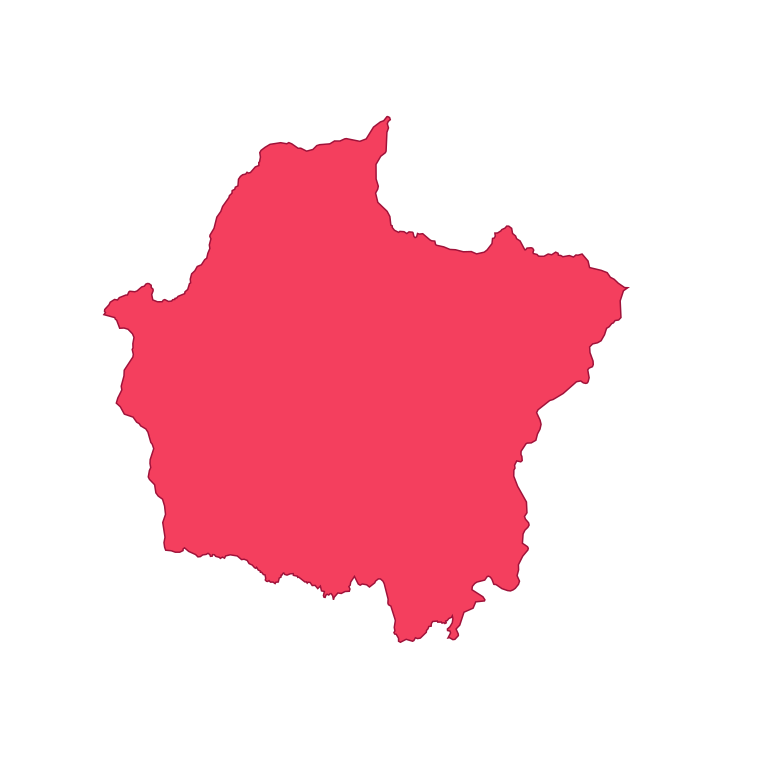 the district of Ortega, Tolima, Colombia, rotated 340°
{"feature_id": "7082276B4553188795212", "entity_name": "Ortega", "entity_type": "district", "adm_level": 2, "iso_a3": "COL", "parent_name": "Colombia", "parent_adm1": "Tolima", "projection": "orthographic", "projection_center": [-75.305, 3.933], "detail": "fine", "context": "isolated", "style": "filled", "palette": "rose", "viewbox_px": 768, "rotation_deg": 340, "n_neighbors": 0, "source": "geoboundaries", "source_scale": "gbopen_adm2", "svg_char_len": 6171}
<svg xmlns="http://www.w3.org/2000/svg" viewBox="0 0 768 768"><g transform="rotate(340 384 384)"><path d="M171.8,212.1L164.8,212.3L162.3,213.9L159.7,212.4L154.7,213.5L152.7,215.5L147.1,218.4L146.2,220.1L146.7,221.6L144.5,223.0L153.7,229.5L153.7,231.2L154.6,232.6L154.7,241.2L158.9,242.5L162.2,245.0L164.8,250.8L165.0,254.7L161.8,260.2L160.5,264.2L159.2,265.4L158.6,270.4L157.2,272.8L144.6,282.2L142.4,287.5L136.3,296.2L135.6,299.9L129.1,306.1L125.9,310.4L128.4,315.1L129.7,323.5L136.9,329.3L138.5,335.2L140.5,337.7L141.0,340.1L144.8,344.7L145.7,348.5L144.9,359.1L145.6,361.3L145.5,366.0L138.4,375.1L136.9,378.7L136.2,382.8L134.0,385.0L130.7,390.7L131.0,393.5L134.0,400.2L132.4,408.3L133.5,412.1L136.5,416.5L136.1,423.5L134.1,431.8L128.7,438.5L125.8,453.1L123.0,457.8L122.0,462.4L122.0,465.5L127.0,467.9L130.4,470.7L134.6,472.2L138.2,471.8L138.7,470.4L140.5,469.7L143.2,474.5L148.6,479.8L150.0,482.8L152.4,483.4L155.2,482.6L158.6,483.3L160.7,482.9L162.0,484.7L162.0,486.6L163.7,487.0L164.6,485.7L166.2,486.4L166.9,488.4L170.0,490.6L170.6,491.9L172.9,491.4L174.6,493.1L176.4,491.4L181.1,491.9L187.3,495.4L190.1,500.3L192.6,500.8L195.1,503.0L195.8,506.6L198.3,509.1L199.5,512.3L200.5,513.3L201.6,512.7L202.2,515.8L203.7,517.3L203.5,518.6L204.6,519.0L205.5,521.8L206.9,522.7L206.4,526.1L205.4,527.6L206.1,529.2L207.2,529.8L208.7,529.4L209.5,531.3L212.0,532.2L213.4,534.3L214.6,533.3L216.9,533.9L219.2,530.5L221.2,530.2L221.9,528.5L222.6,528.7L224.4,527.3L225.2,527.3L225.5,528.9L227.5,530.4L230.9,530.3L233.8,531.1L233.4,532.8L236.9,535.0L236.8,536.2L237.8,536.3L242.0,543.0L243.4,543.4L243.7,544.9L244.8,544.3L246.7,545.2L247.6,548.8L250.4,549.7L251.8,553.6L255.1,552.1L254.5,557.0L257.0,558.6L254.7,562.1L254.7,563.9L255.7,564.4L257.1,562.6L258.6,562.1L259.9,563.4L261.7,562.6L262.7,562.9L263.3,565.6L262.7,569.5L264.2,567.4L269.2,564.6L272.2,566.2L276.5,565.7L280.5,566.9L281.9,565.0L281.7,562.3L283.4,561.5L285.0,558.7L290.4,554.7L291.4,563.2L292.8,564.9L295.2,564.5L299.0,566.7L300.9,569.8L307.3,567.7L308.7,566.3L312.1,565.2L314.0,566.0L315.6,568.9L315.9,571.8L314.3,587.5L312.7,591.3L312.7,592.9L314.5,595.1L313.9,608.6L313.7,610.3L310.4,616.2L309.8,619.7L308.3,621.0L308.5,622.6L309.9,623.4L310.7,627.9L309.7,630.7L311.1,632.3L317.5,631.5L322.9,635.5L324.3,635.3L326.7,633.2L328.4,634.7L331.3,635.2L338.8,631.8L339.7,630.1L341.6,629.1L343.1,627.2L345.5,627.7L346.6,625.3L348.5,623.8L353.0,625.0L353.0,626.1L356.6,627.4L356.7,628.5L358.9,628.9L359.3,629.9L360.8,629.7L360.9,627.9L362.4,627.9L364.8,626.5L367.5,626.4L368.9,625.2L368.5,628.0L366.5,631.7L362.9,634.7L359.8,635.9L359.4,637.4L361.5,638.7L361.4,640.7L357.3,644.5L358.7,644.7L361.3,647.8L363.3,648.2L367.8,645.9L368.3,644.3L367.9,638.9L372.7,636.5L381.1,625.8L391.1,625.1L395.7,620.1L404.2,622.2L405.0,621.3L404.2,617.8L396.3,607.4L397.8,604.4L401.0,602.5L403.6,601.9L411.6,602.7L415.2,600.2L416.6,600.4L417.9,601.9L418.6,604.4L418.7,609.8L420.7,610.8L424.8,616.6L429.5,620.4L432.1,621.7L435.0,621.6L437.5,620.9L441.8,618.3L443.9,615.6L443.5,609.6L446.9,604.7L448.5,599.8L455.5,593.2L462.4,589.2L463.4,587.7L463.2,586.0L459.6,581.0L463.4,572.5L466.4,569.6L470.3,567.8L472.1,566.2L472.4,563.9L470.7,559.4L470.7,556.5L474.3,553.9L477.5,543.6L474.6,525.9L474.4,515.0L476.6,509.3L478.3,507.9L478.9,505.0L482.4,501.7L485.9,503.9L487.7,503.2L488.8,499.2L488.6,497.1L489.8,494.1L496.9,488.8L498.3,488.5L502.2,489.7L507.5,488.8L511.1,483.5L515.2,479.7L517.8,475.6L518.3,471.4L517.6,463.1L519.9,460.9L534.1,456.2L537.7,456.4L549.1,454.2L565.7,447.7L569.9,448.4L571.7,451.1L573.9,452.5L575.5,452.5L576.6,451.6L578.9,448.3L580.3,440.3L582.2,439.2L585.8,439.0L587.3,437.3L588.3,433.9L588.3,424.9L589.9,419.5L593.7,417.7L598.8,418.3L602.8,417.6L608.1,413.1L612.2,407.8L615.2,407.2L618.6,405.1L620.5,405.0L622.8,403.4L626.4,404.1L629.4,402.6L634.4,386.6L640.9,378.3L646.0,376.9L643.1,375.7L638.6,369.4L636.1,364.3L633.2,361.1L631.8,355.7L627.0,351.5L617.0,344.9L617.8,338.2L614.6,329.6L610.3,329.3L608.5,328.4L605.5,329.5L602.1,326.7L595.6,325.6L594.1,323.7L591.9,322.6L592.3,320.7L590.4,318.8L585.8,319.9L582.7,318.0L578.1,318.7L574.5,317.4L572.9,316.6L572.1,314.6L569.0,312.5L569.1,311.1L570.5,309.4L570.1,307.3L568.9,306.3L564.9,305.2L563.0,306.3L562.2,306.0L560.8,296.1L558.3,292.8L558.3,290.0L556.3,286.5L557.2,281.4L555.2,278.3L553.3,277.6L551.0,278.9L547.5,279.2L546.1,280.1L542.3,280.9L539.8,280.1L539.1,283.2L537.4,284.6L535.8,284.3L533.5,289.0L526.7,293.3L523.3,294.4L515.5,293.4L511.3,289.4L503.8,286.9L497.1,282.3L492.0,280.1L487.1,275.6L480.7,271.5L480.2,270.5L480.6,267.1L477.7,265.7L476.4,264.2L471.8,256.0L468.4,255.2L467.0,254.0L465.0,256.8L463.3,257.1L462.6,255.7L463.0,251.6L462.5,251.0L459.5,249.6L456.9,250.4L454.9,247.7L451.1,246.0L449.6,246.5L446.4,243.1L445.3,239.7L445.8,238.2L444.8,236.9L446.8,228.6L446.0,222.8L440.3,211.2L441.4,201.7L444.7,198.8L446.3,196.2L446.7,188.7L451.6,174.9L458.8,168.9L464.4,167.1L465.6,165.9L472.8,148.5L475.8,144.9L476.1,140.6L477.8,138.7L480.3,137.8L480.4,135.5L479.0,134.0L478.2,133.8L473.8,136.5L470.2,136.5L462.0,139.0L451.1,147.6L444.3,147.7L432.5,140.5L430.9,140.2L425.7,140.6L420.6,138.7L415.2,139.8L405.4,137.1L402.3,137.0L397.4,139.3L390.9,138.7L386.5,134.0L383.9,133.1L379.5,126.8L377.1,124.6L374.8,125.0L369.4,121.9L358.9,119.8L353.2,120.9L348.4,122.4L346.4,124.1L345.5,128.5L343.1,132.6L342.1,133.0L341.1,135.9L337.3,136.0L330.8,139.6L328.7,139.4L327.7,138.2L325.8,139.4L322.8,139.0L320.1,139.8L317.3,141.8L314.5,147.9L311.6,148.2L310.3,150.0L307.5,150.3L306.3,152.8L303.2,154.1L302.0,155.8L293.1,161.9L289.7,166.0L284.0,170.0L277.5,179.6L271.5,184.5L270.8,185.7L271.0,188.4L267.4,193.6L266.7,197.1L263.2,200.9L260.4,205.2L258.1,205.8L253.2,209.5L248.7,209.7L245.0,212.9L240.9,214.7L237.8,219.2L236.9,222.8L235.5,223.2L231.9,228.0L228.5,229.3L227.6,230.9L220.5,231.2L218.6,232.3L216.8,232.1L216.3,233.0L214.3,232.5L212.8,233.4L209.7,232.7L206.9,229.7L205.3,229.7L203.7,230.8L199.3,229.3L195.5,225.9L196.3,220.5L198.9,217.5L199.4,215.9L198.3,213.7L199.0,211.6L197.5,209.3L196.0,208.6L194.3,208.7L192.3,210.1L189.5,209.9L183.8,212.1L181.4,212.1L176.9,209.9L175.7,210.2L173.4,212.6L171.8,212.1Z" fill="#f43f5e" stroke="#9f1239" stroke-width="1.5"/></g></svg>